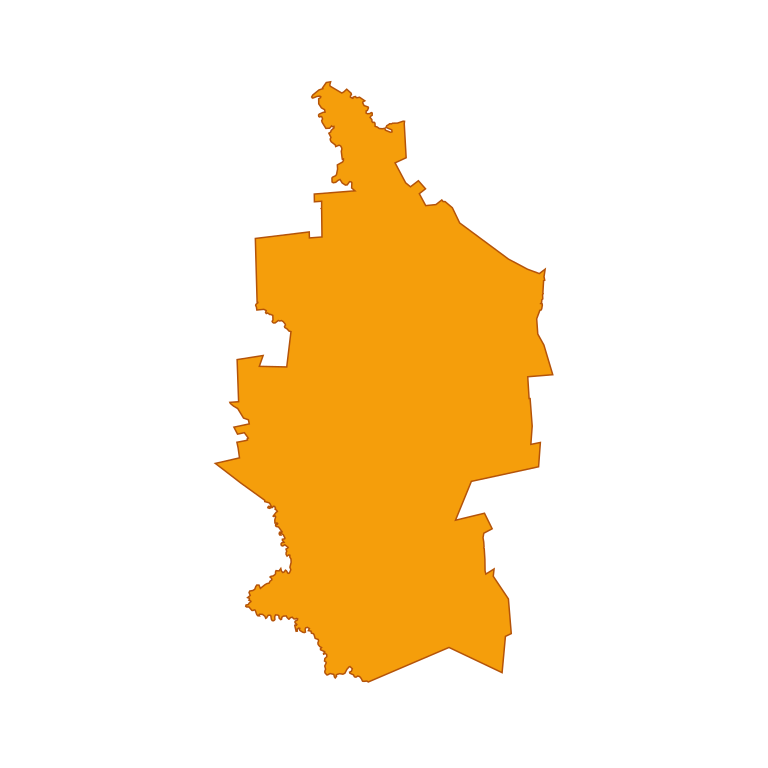 the district of Burgos, Tamaulipas, Mexico, rotated 258°
{"feature_id": "50627088B41122699535923", "entity_name": "Burgos", "entity_type": "district", "adm_level": 2, "iso_a3": "MEX", "parent_name": "Mexico", "parent_adm1": "Tamaulipas", "projection": "robinson", "projection_center": [-98.996, 24.926], "detail": "fine", "context": "isolated", "style": "filled", "palette": "amber", "viewbox_px": 768, "rotation_deg": 258, "n_neighbors": 0, "source": "geoboundaries", "source_scale": "gbopen_adm2", "svg_char_len": 6166}
<svg xmlns="http://www.w3.org/2000/svg" viewBox="0 0 768 768"><g transform="rotate(258 384 384)"><path d="M208.0,208.6L205.0,209.2L203.4,206.2L202.4,207.7L201.4,207.7L200.6,206.9L199.5,208.5L198.8,208.6L197.7,206.5L196.5,205.4L196.5,203.1L195.3,202.5L194.5,203.2L194.0,205.5L190.0,207.7L189.7,208.7L190.0,210.3L189.5,211.0L184.9,211.6L183.5,212.4L183.1,214.0L184.2,213.7L184.7,214.5L183.9,217.3L181.6,219.2L179.4,219.6L179.7,220.5L181.8,222.6L181.6,224.5L180.7,225.1L177.3,224.9L175.9,225.4L175.4,226.3L175.6,227.4L176.3,228.3L179.1,228.7L180.7,229.9L180.1,232.0L179.3,232.9L176.7,232.8L175.0,234.0L175.2,234.9L177.0,235.5L177.9,237.3L177.4,240.2L175.8,240.6L173.8,241.9L173.8,242.5L174.9,243.8L175.0,245.7L173.0,247.0L172.6,248.3L172.9,249.7L172.3,250.7L171.2,250.3L170.5,247.9L169.8,247.4L168.9,247.4L167.0,248.8L166.2,248.2L166.8,247.0L166.4,246.5L160.4,246.6L160.3,247.8L162.3,248.1L163.0,249.9L162.5,250.8L161.4,250.2L160.3,250.6L158.0,253.0L157.4,254.5L157.7,255.6L160.6,255.9L161.8,256.7L161.9,258.5L160.3,260.2L158.5,258.7L157.4,261.2L155.4,261.2L154.5,262.9L153.6,263.4L149.5,263.8L147.8,266.5L146.3,266.6L144.5,265.5L142.9,265.4L140.5,266.6L139.2,268.1L138.1,266.7L137.2,266.7L134.5,270.3L133.7,270.0L133.1,268.8L132.3,268.8L132.6,270.6L131.3,271.7L129.2,271.4L127.8,269.1L125.4,268.2L124.1,269.4L123.2,269.5L120.5,267.4L117.2,267.6L115.4,266.4L113.8,266.2L111.3,267.6L111.2,268.4L112.0,271.1L110.4,274.5L107.7,274.6L106.6,275.2L107.9,276.8L109.2,276.7L109.7,277.8L109.9,280.3L108.7,283.5L109.2,285.6L112.7,288.5L114.6,291.1L114.7,292.0L112.1,293.8L109.8,292.4L109.3,290.4L108.2,290.5L105.8,293.7L104.0,294.1L103.4,294.7L103.1,295.7L103.8,297.6L102.9,299.3L100.6,300.5L97.8,301.2L97.3,302.6L97.0,305.4L95.8,306.7L112.8,392.8L77.1,439.5L111.9,450.3L113.4,456.6L147.9,461.0L173.2,450.9L180.2,453.2L176.9,444.1L180.2,444.0L191.3,446.2L202.1,447.8L202.9,447.5L203.9,448.0L208.7,448.7L213.1,448.9L217.3,450.6L219.9,459.7L236.7,455.4L235.9,425.6L270.6,449.2L270.9,518.0L294.3,524.8L294.4,515.1L312.0,520.2L339.4,523.9L339.6,522.9L361.2,526.1L358.0,551.0L388.9,548.5L400.9,544.8L416.0,546.9L423.7,551.8L423.7,553.0L424.7,553.9L428.3,555.3L429.7,555.3L430.1,554.2L430.6,555.0L433.6,555.9L434.2,557.0L438.6,557.7L439.2,558.5L440.3,558.4L451.9,561.6L452.1,562.8L455.6,562.8L462.8,565.5L459.7,558.9L466.4,548.3L480.2,531.8L525.8,491.5L542.2,487.5L549.7,481.7L550.2,479.7L552.0,478.8L548.7,472.1L549.8,461.9L562.8,458.1L566.3,465.2L575.7,459.9L571.4,450.9L576.3,447.0L598.0,440.8L600.7,452.7L634.3,457.9L636.7,458.7L637.1,457.4L636.4,451.4L637.3,446.6L636.9,445.5L637.4,443.4L636.9,442.9L636.1,440.4L634.6,439.3L631.0,444.4L629.0,444.3L628.8,442.8L632.0,438.1L634.0,438.1L634.0,435.6L634.9,432.5L636.9,430.7L637.8,428.9L641.1,429.4L642.2,428.6L642.1,427.5L643.2,426.8L645.2,427.1L647.6,425.8L648.9,427.0L649.3,428.3L651.4,428.8L652.0,428.4L652.1,427.8L651.5,426.6L651.8,423.9L652.8,422.8L654.9,423.4L655.0,424.6L657.3,426.2L658.2,426.1L660.5,422.4L663.4,421.6L664.3,422.0L665.0,424.1L669.6,419.7L669.6,417.0L670.1,416.2L671.1,416.0L671.2,415.0L671.0,413.5L669.9,413.0L670.0,412.4L670.6,412.1L671.2,411.1L671.7,410.7L673.4,411.4L673.7,412.3L675.3,412.3L680.1,408.8L678.0,405.3L677.4,403.2L686.4,393.4L687.7,393.1L690.7,394.6L690.9,390.2L686.4,385.4L685.6,385.6L685.2,381.6L681.5,374.4L679.8,372.9L678.8,373.3L679.1,373.6L678.5,374.4L679.2,378.2L679.0,380.8L678.3,381.9L677.3,381.5L676.6,379.4L671.6,378.4L667.1,380.2L664.7,382.9L662.5,382.9L662.1,382.8L662.4,381.2L661.5,376.8L660.7,375.9L659.2,375.8L658.5,376.7L658.9,378.0L658.0,378.8L656.0,379.0L654.6,377.8L652.8,377.9L646.1,380.3L645.5,384.0L647.3,386.4L646.4,387.0L646.4,388.6L644.9,388.3L643.1,385.1L641.5,384.2L640.8,382.2L636.2,383.4L634.8,382.3L633.3,382.3L631.8,382.8L627.9,386.1L626.3,386.1L626.9,389.6L626.6,390.3L625.6,391.2L623.7,391.7L622.5,391.6L620.5,390.6L613.6,390.0L612.5,390.0L612.6,391.1L611.1,390.8L609.8,389.7L608.0,383.9L603.9,383.3L598.8,381.1L597.8,380.0L597.0,376.7L596.3,375.9L592.4,375.2L591.4,376.2L591.3,378.7L592.8,381.5L593.2,383.5L589.3,384.9L586.6,387.6L586.4,389.4L589.1,392.4L588.5,393.9L587.6,394.4L582.5,393.1L579.0,395.7L584.3,355.3L576.7,353.8L575.7,361.0L569.2,359.6L568.7,359.0L568.2,359.4L540.7,353.9L542.4,341.4L548.3,342.5L553.1,288.4L490.5,276.9L490.3,277.5L489.7,277.5L488.5,275.3L487.5,274.8L485.7,275.2L482.8,275.0L482.0,282.0L480.3,284.1L478.5,283.0L477.4,283.5L477.7,284.8L475.6,286.9L475.7,287.6L474.2,289.5L469.7,288.7L468.6,287.6L467.4,287.9L466.6,288.8L466.4,290.3L468.1,293.8L467.3,295.2L467.4,296.8L466.0,298.4L463.4,299.7L462.2,299.9L460.9,298.6L459.9,298.7L458.1,300.6L455.5,302.1L454.6,303.9L420.9,292.4L427.2,265.7L437.0,271.7L438.4,245.4L396.9,238.1L398.1,229.4L396.8,229.7L393.6,232.3L390.4,235.8L379.9,239.5L377.2,243.9L373.0,243.9L373.0,228.2L365.4,230.3L365.4,237.3L359.3,240.0L358.8,238.8L357.6,238.8L357.4,237.2L357.6,228.0L351.7,228.0L341.8,227.3L341.4,202.5L316.5,223.7L295.0,243.2L293.8,242.9L291.8,246.7L291.0,247.4L287.3,248.5L287.2,247.7L288.4,246.0L287.6,244.7L286.9,244.8L286.1,246.4L286.6,247.6L286.4,249.2L287.4,250.3L287.0,251.5L285.1,252.1L284.3,251.4L282.7,252.8L281.5,253.2L281.0,251.9L277.8,248.1L277.4,248.4L277.6,250.0L276.6,250.4L273.7,248.9L270.7,248.4L270.2,250.6L269.6,251.0L268.8,250.5L269.0,248.8L267.9,248.5L267.0,249.0L266.1,251.1L260.5,253.6L260.0,252.9L260.8,251.7L260.7,251.0L259.3,250.3L258.0,250.6L257.7,251.6L258.9,251.2L259.4,251.6L259.3,252.3L257.5,254.1L253.9,255.1L253.2,254.6L253.3,252.3L252.3,252.1L249.9,253.3L250.0,251.2L249.3,250.2L248.2,249.9L247.3,250.1L246.7,251.0L246.8,252.3L247.4,253.1L247.1,253.8L244.1,256.3L243.4,255.5L242.9,253.8L240.6,254.1L239.4,253.2L237.7,252.8L235.8,253.4L236.6,255.2L236.1,256.3L234.2,255.9L232.2,256.6L228.9,256.1L224.4,253.9L221.6,254.2L219.0,252.3L218.6,251.6L218.8,250.7L221.6,249.7L222.4,248.9L220.9,247.2L220.6,245.9L222.3,244.8L225.0,244.7L223.0,242.5L223.9,239.6L222.7,238.8L221.0,238.5L220.1,237.5L219.3,235.5L219.4,233.4L218.9,232.4L217.2,233.6L215.8,233.6L214.8,231.5L213.1,230.2L213.1,228.0L212.5,226.0L209.8,220.6L213.3,219.9L213.8,217.8L212.6,216.5L210.1,214.9L209.3,212.8L209.4,209.6L208.0,208.6Z" fill="#f59e0b" stroke="#b45309" stroke-width="1.5"/></g></svg>